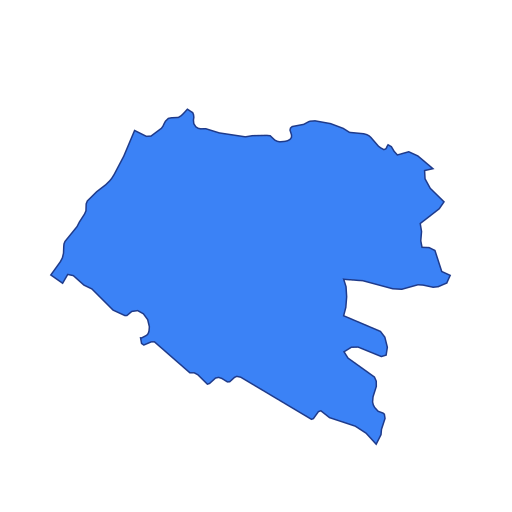 an SVG outline of Maine-et-Loire, rotated 196°
{"feature_id": "FRA-5321", "entity_name": "Maine-et-Loire", "entity_type": "Metropolitan department", "adm_level": 1, "iso_a3": "FRA", "parent_name": "France", "parent_adm1": "", "projection": "orthographic", "projection_center": [-0.78, 47.399], "detail": "fine", "context": "isolated", "style": "filled", "palette": "blue", "viewbox_px": 512, "rotation_deg": 196, "n_neighbors": 0, "source": "natural_earth", "source_scale": "10m", "svg_char_len": 3153}
<svg xmlns="http://www.w3.org/2000/svg" viewBox="0 0 512 512"><g transform="rotate(196 256 256)"><path d="M132.8,196.6L139.2,194.6L145.0,188.2L139.4,183.2L108.8,172.3L105.9,168.8L104.4,163.8L104.7,152.9L103.7,147.8L102.2,145.2L100.2,143.1L95.8,140.4L90.5,140.0L89.0,139.3L87.2,135.4L87.6,124.0L86.6,118.7L88.6,108.2L101.3,116.0L113.7,119.8L140.8,120.9L151.0,125.1L153.1,123.6L156.0,115.5L157.7,114.3L237.3,135.3L241.3,135.0L243.2,133.4L246.6,127.9L248.8,127.1L255.2,128.9L258.5,129.0L261.3,127.5L265.5,120.7L267.4,119.4L279.1,125.8L283.2,126.7L287.4,125.5L330.0,145.5L333.0,144.6L339.3,139.5L341.9,140.4L344.4,145.5L343.4,145.7L339.7,149.2L338.6,150.7L338.2,152.7L338.2,154.6L339.0,158.6L342.6,165.0L348.3,169.4L354.7,170.9L360.1,168.5L363.7,163.2L365.6,162.6L378.5,164.6L404.7,179.1L413.4,180.6L426.2,186.8L431.9,186.4L434.4,176.5L448.0,181.2L442.5,196.5L441.6,200.8L441.8,205.6L443.4,212.1L443.9,214.7L443.6,217.4L436.1,235.0L435.1,240.1L432.4,249.0L431.9,252.5L433.6,259.3L433.3,262.4L426.8,274.0L420.0,283.2L417.3,288.0L416.1,290.8L414.8,295.3L410.6,315.6L407.3,343.2L394.4,340.8L390.0,342.3L382.1,352.7L381.2,355.2L380.8,357.8L380.2,360.6L378.2,364.1L375.5,365.5L368.8,367.8L366.7,370.1L365.5,372.1L364.6,373.8L362.4,378.2L356.3,376.3L355.0,374.6L354.0,372.2L353.6,369.4L352.3,366.1L349.5,363.6L346.8,362.8L344.2,363.0L339.4,364.5L325.2,364.2L299.1,367.6L292.5,370.7L278.9,374.9L275.5,375.5L269.9,372.6L267.2,372.1L264.6,372.3L259.7,374.2L257.4,375.5L255.4,377.5L254.6,379.8L255.2,382.1L258.0,386.4L258.1,388.5L256.9,390.4L246.4,395.7L242.3,399.7L241.1,400.5L236.5,402.2L220.8,403.8L207.3,402.7L200.2,400.6L186.2,403.2L182.9,403.2L180.5,402.7L178.2,401.6L168.6,395.3L166.0,394.3L162.4,393.5L160.8,394.7L160.3,396.3L160.3,397.1L159.7,399.3L156.0,398.4L152.1,394.7L148.0,392.1L137.9,398.3L128.0,396.8L110.0,388.7L117.5,384.6L114.8,376.8L107.2,369.1L90.2,359.9L92.9,351.9L107.1,332.5L103.6,325.1L101.8,316.0L98.8,310.1L91.9,311.8L85.5,310.6L73.2,292.3L64.0,290.9L65.2,282.6L65.3,282.6L65.5,282.4L65.7,282.2L65.8,282.1L66.0,282.0L66.1,281.9L66.3,281.8L66.4,281.6L66.6,281.5L66.8,281.3L67.0,281.2L67.4,280.8L67.6,280.7L67.8,280.5L68.0,280.3L68.3,280.1L68.5,280.0L68.7,279.8L68.9,279.6L69.1,279.4L69.4,279.2L69.6,279.0L69.8,278.9L70.0,278.7L70.4,278.3L70.7,278.2L70.8,278.0L71.0,277.9L71.2,277.7L71.4,277.6L71.6,277.4L71.9,277.2L72.0,277.1L72.3,276.9L72.4,276.7L72.5,276.7L77.1,274.8L87.4,274.1L92.4,273.0L106.7,264.2L115.5,262.2L146.6,261.7L146.8,261.7L147.1,261.6L147.3,261.5L147.6,261.5L147.9,261.4L148.2,261.4L148.5,261.3L148.9,261.2L149.3,261.1L149.7,261.0L150.2,260.9L150.6,260.8L151.1,260.7L151.6,260.6L152.1,260.5L152.7,260.4L153.2,260.3L153.7,260.2L154.3,260.1L154.8,260.0L155.4,259.9L156.0,259.7L156.5,259.6L157.1,259.5L157.7,259.4L158.2,259.3L158.8,259.2L159.3,259.0L159.8,258.9L160.3,258.8L160.8,258.7L161.3,258.6L161.8,258.5L162.2,258.4L162.6,258.3L163.0,258.3L163.4,258.2L163.8,258.1L164.1,258.0L164.4,258.0L164.6,257.9L164.8,257.9L165.0,257.8L165.3,257.8L161.0,251.3L157.6,241.7L155.5,231.4L155.3,222.7L115.6,217.8L109.8,213.5L104.6,204.5L103.6,196.6L107.8,193.9L132.8,196.6Z" fill="#3b82f6" stroke="#1e3a8a" stroke-width="1.5"/></g></svg>